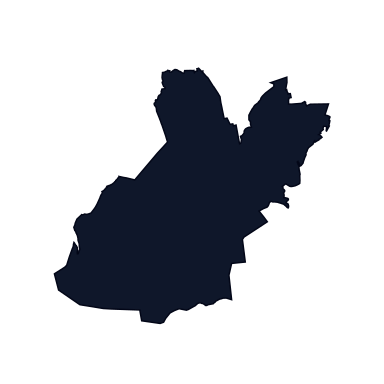 the district of Apaxco, México, Mexico, rotated 170°
{"feature_id": "50627088B64276875266492", "entity_name": "Apaxco", "entity_type": "district", "adm_level": 2, "iso_a3": "MEX", "parent_name": "Mexico", "parent_adm1": "México", "projection": "albers", "projection_center": [-99.154, 19.981], "detail": "fine", "context": "isolated", "style": "filled", "palette": "ink", "viewbox_px": 384, "rotation_deg": 170, "n_neighbors": 0, "source": "geoboundaries", "source_scale": "gbopen_adm2", "svg_char_len": 5903}
<svg xmlns="http://www.w3.org/2000/svg" viewBox="0 0 384 384"><g transform="rotate(170 192 192)"><path d="M42.3,255.0L60.3,257.9L64.2,256.9L65.2,261.0L64.9,261.0L65.3,261.5L68.2,260.5L68.1,260.2L78.5,261.2L81.6,261.8L80.9,266.3L80.7,266.4L80.7,266.9L80.3,267.1L80.3,267.7L78.0,267.8L78.1,271.8L79.9,272.0L80.4,271.8L80.4,272.1L80.3,272.8L80.5,273.2L80.9,274.2L80.9,275.4L81.0,275.8L81.0,276.2L81.8,275.8L82.0,275.9L82.1,276.4L80.3,281.3L79.5,283.3L78.7,288.6L95.5,286.0L92.6,284.2L93.1,281.5L95.1,280.5L102.4,276.7L106.0,274.2L107.6,272.7L108.7,270.7L110.9,269.1L111.0,268.9L110.8,268.7L115.3,266.4L117.7,263.7L118.0,263.6L120.9,260.1L122.3,258.1L122.6,257.9L123.4,253.2L122.5,251.5L122.2,251.4L122.6,248.3L122.2,245.5L122.7,245.4L124.5,245.9L126.2,245.6L128.0,245.0L128.6,244.6L129.7,243.5L130.1,242.7L130.3,241.3L131.4,240.1L133.3,238.6L133.9,238.6L134.6,238.4L134.3,235.9L134.0,235.5L135.3,231.9L136.0,231.3L136.8,231.2L136.9,236.1L137.0,250.3L139.8,250.0L139.9,251.5L140.0,252.0L142.2,252.0L142.7,252.1L142.8,252.2L143.0,252.7L143.0,252.8L144.7,258.7L147.6,258.6L147.9,268.2L147.9,269.8L148.1,274.8L147.9,281.1L149.1,284.1L149.1,284.3L152.4,292.0L152.7,292.3L156.4,301.4L156.7,302.0L157.9,303.4L160.3,307.4L160.9,307.7L160.4,308.3L160.5,308.9L160.4,309.3L161.6,309.1L163.9,312.6L164.1,312.4L164.6,312.6L165.8,312.5L165.6,310.4L166.9,310.3L168.1,309.8L168.9,309.2L169.0,311.4L170.8,311.3L170.4,311.5L172.2,311.9L178.1,312.8L179.3,310.3L180.4,310.6L181.1,311.2L181.6,311.7L182.4,312.5L183.7,313.2L185.7,315.0L187.5,315.6L189.4,314.9L191.4,313.8L192.1,313.7L193.2,314.1L193.2,314.8L192.9,315.2L194.6,315.9L194.6,315.7L197.2,315.1L198.4,314.7L200.3,314.8L200.5,314.2L200.5,313.4L200.9,312.7L201.6,310.0L201.6,308.2L201.5,307.4L201.2,306.8L201.2,306.1L202.3,305.3L202.3,304.4L201.6,300.9L200.4,299.8L200.7,298.4L203.7,298.6L205.0,296.0L204.8,295.1L205.4,294.2L206.9,293.0L207.7,292.9L208.7,291.8L209.8,289.2L210.0,289.0L210.4,288.8L210.6,288.9L211.8,289.0L212.3,288.1L212.2,287.1L212.3,286.7L213.8,285.9L214.0,284.8L213.7,283.5L212.9,282.5L212.6,280.7L212.8,277.7L211.3,270.6L210.9,268.4L210.7,267.6L210.3,264.8L209.9,263.0L208.1,251.5L208.0,250.3L207.9,249.4L207.4,245.4L210.8,242.8L212.3,241.6L214.8,239.7L219.4,236.2L229.0,228.2L240.7,218.5L245.8,214.2L246.4,213.8L247.1,214.2L254.0,217.2L257.1,218.3L261.2,220.0L261.2,219.7L261.4,219.4L261.8,219.1L262.2,218.8L262.8,218.4L263.4,217.6L263.9,217.3L265.1,216.6L265.3,216.0L265.8,215.7L266.3,215.5L267.0,214.8L268.0,214.3L268.8,213.8L270.3,213.2L270.5,213.3L270.8,213.1L271.3,212.9L271.5,212.9L271.8,212.6L272.0,212.8L272.2,212.7L272.6,212.8L273.1,212.6L273.7,212.7L273.8,212.5L273.9,212.3L274.2,212.1L274.8,212.1L274.8,211.9L274.9,212.0L275.0,212.1L275.1,211.9L275.6,211.4L275.9,210.9L276.2,210.5L276.8,210.3L276.9,209.9L277.1,209.8L277.6,209.6L277.7,209.4L277.9,209.3L278.1,209.0L278.5,208.9L278.9,208.8L279.4,208.4L280.6,208.1L280.5,207.4L280.4,206.8L280.9,206.0L281.8,205.2L283.0,203.5L283.7,202.2L287.6,196.5L289.8,193.8L291.5,192.1L295.1,188.8L296.9,188.5L297.4,188.3L297.8,188.4L299.3,188.2L301.0,188.7L301.4,188.9L302.0,188.9L302.3,188.6L303.8,188.5L304.1,188.5L304.5,188.9L310.0,185.3L312.4,181.6L313.1,179.8L314.5,177.8L314.1,174.5L313.5,173.9L313.6,173.2L313.4,172.7L313.1,172.3L313.2,171.5L312.9,171.2L312.8,170.9L312.8,170.2L312.6,169.8L312.4,168.4L312.3,166.1L312.4,165.4L312.4,165.1L312.6,164.6L312.4,162.6L312.2,161.9L312.1,160.0L312.3,159.3L312.4,158.1L312.5,157.5L312.4,156.3L312.3,156.0L312.5,154.7L312.8,154.3L313.2,154.2L314.6,151.2L314.8,151.0L315.2,150.9L315.7,151.0L315.6,151.8L315.5,152.7L315.0,154.1L314.6,156.6L314.7,157.6L315.0,158.2L315.3,159.3L315.7,159.8L316.2,160.8L316.6,162.1L317.0,162.8L317.8,161.1L318.2,159.6L318.8,158.3L319.2,157.6L319.5,157.3L324.1,149.3L328.1,141.6L330.4,140.0L341.7,135.3L340.4,118.6L322.0,100.5L310.1,96.4L299.6,92.7L291.6,90.8L263.9,84.9L263.9,73.9L246.2,68.1L242.6,68.7L239.9,72.1L234.9,76.5L234.1,76.9L229.8,78.3L225.0,79.3L218.0,76.6L216.1,76.9L209.2,79.3L208.7,79.4L205.7,81.3L205.1,81.4L203.8,81.5L202.7,81.3L202.0,80.7L200.9,80.4L198.9,78.8L198.6,78.0L197.2,77.7L195.9,78.2L190.4,78.3L189.8,78.9L188.6,79.4L188.2,79.7L187.9,80.2L183.2,81.8L182.3,81.7L180.2,82.0L179.8,82.1L176.6,81.6L171.7,79.1L170.1,103.7L168.8,106.7L165.4,114.8L151.7,113.8L150.6,136.5L148.6,138.6L123.0,149.6L125.7,155.0L129.3,161.6L124.4,163.3L120.8,164.0L119.8,164.7L118.7,166.1L117.6,168.2L116.8,168.6L116.0,169.0L115.6,169.0L115.0,168.7L114.2,168.2L112.7,168.0L109.5,167.1L108.1,166.3L106.2,165.4L105.3,164.8L104.6,164.5L104.0,164.2L103.4,163.6L103.1,163.1L102.6,162.6L101.4,161.1L101.2,160.6L101.0,160.3L100.1,159.6L99.8,159.9L99.5,160.6L99.3,161.5L99.4,163.1L99.6,163.7L99.9,164.1L100.9,164.5L101.2,164.8L101.1,165.6L100.3,166.4L99.1,167.0L98.5,167.6L98.3,168.3L98.7,169.0L99.9,169.6L101.4,170.2L102.6,170.5L102.0,172.0L101.9,172.8L101.8,173.9L101.9,174.4L102.0,175.3L101.0,176.1L100.7,176.5L100.5,177.0L100.5,177.4L100.7,178.0L101.7,179.3L101.9,179.6L101.8,180.2L101.6,181.0L101.7,181.6L102.0,181.8L100.4,182.7L98.7,183.6L98.1,183.6L94.8,180.7L93.6,180.2L92.3,180.1L89.4,180.2L87.3,180.7L85.4,181.3L84.4,181.8L83.7,184.7L83.3,187.6L83.0,189.7L82.6,190.3L82.5,191.2L82.6,195.4L82.5,196.7L82.5,197.7L82.1,198.3L82.3,198.8L83.1,202.7L83.1,203.4L82.3,203.8L81.4,201.3L81.1,198.8L80.0,199.1L77.6,201.2L77.3,202.1L74.9,206.4L73.2,208.8L73.2,209.9L72.8,211.0L71.8,212.1L70.9,213.8L69.6,215.4L64.9,217.9L64.3,218.4L64.3,218.7L62.6,220.9L62.6,221.0L62.4,221.1L62.4,220.5L62.0,220.2L62.0,219.8L60.3,220.5L57.9,221.3L57.6,221.9L55.8,222.4L55.5,222.9L54.5,223.3L55.0,224.4L56.8,226.4L57.1,226.5L54.8,227.6L55.4,228.7L51.9,230.7L52.0,231.4L51.3,233.6L51.0,233.9L48.0,233.1L49.2,229.0L48.9,228.7L45.3,233.2L45.8,233.8L45.1,235.1L44.1,237.5L43.9,238.4L44.7,238.6L43.7,241.5L43.3,241.4L43.2,242.3L44.8,243.4L45.9,244.0L46.9,244.4L47.4,244.5L47.6,245.0L42.3,255.0Z" fill="#0f172a" stroke="#020617" stroke-width="1.5"/></g></svg>